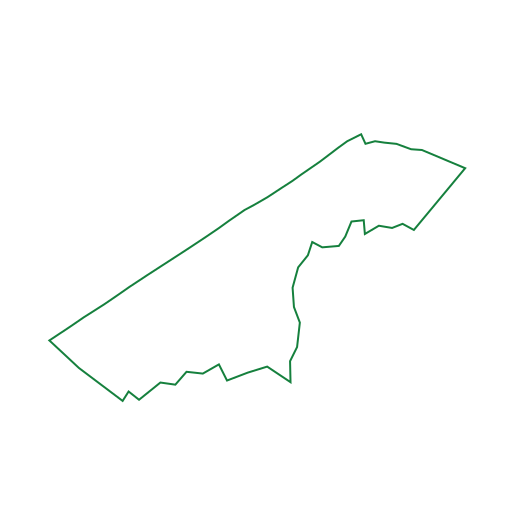 the district of Imbé, Rio Grande do Sul, Brazil, rotated 217°
{"feature_id": "56859067B97443140399595", "entity_name": "Imbé", "entity_type": "district", "adm_level": 2, "iso_a3": "BRA", "parent_name": "Brazil", "parent_adm1": "Rio Grande do Sul", "projection": "equal_earth", "projection_center": [-50.118, -29.935], "detail": "fine", "context": "isolated", "style": "outline", "palette": "green", "viewbox_px": 512, "rotation_deg": 217, "n_neighbors": 0, "source": "geoboundaries", "source_scale": "gbopen_adm2", "svg_char_len": 935}
<svg xmlns="http://www.w3.org/2000/svg" viewBox="0 0 512 512"><g transform="rotate(217 256 256)"><path d="M370.2,64.2L330.0,60.0L315.5,60.0L306.0,60.0L291.0,60.0L275.3,60.0L276.2,71.1L262.9,70.8L256.2,97.4L243.0,104.7L241.8,121.7L227.7,130.1L220.4,147.1L204.2,139.1L192.4,157.9L180.5,174.4L152.5,176.0L165.5,192.5L168.4,208.0L180.9,229.2L195.0,238.1L207.7,252.7L215.5,272.3L215.0,287.8L219.5,301.0L208.3,302.8L195.9,313.9L196.4,325.2L200.5,341.0L191.5,349.4L182.3,339.1L176.1,354.1L164.2,360.3L158.3,369.9L145.6,371.8L141.8,452.0L187.3,440.5L196.4,434.6L211.3,430.1L221.7,423.8L230.0,419.3L236.1,411.5L245.3,416.5L252.2,402.6L255.4,392.2L261.7,369.9L268.9,348.3L272.1,337.9L276.5,325.9L282.3,309.7L288.3,295.6L292.8,285.9L298.8,267.8L302.5,255.8L307.4,241.4L313.8,223.3L319.6,207.3L325.1,192.3L331.2,175.6L338.5,155.1L343.1,141.0L348.2,125.9L356.6,103.5L361.8,88.0L370.2,64.2Z" fill="none" stroke="#15803d" stroke-width="2"/></g></svg>